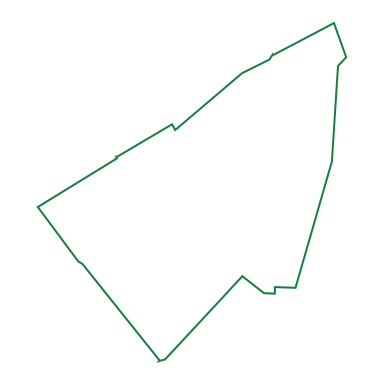 91, Al Wakrah, Qatar (Equal Earth projection)
{"feature_id": "91078587B94476380924667", "entity_name": "91", "entity_type": "district", "adm_level": 2, "iso_a3": "QAT", "parent_name": "Qatar", "parent_adm1": "Al Wakrah", "projection": "equal_earth", "projection_center": [51.504, 25.135], "detail": "fine", "context": "isolated", "style": "outline", "palette": "green", "viewbox_px": 384, "rotation_deg": 0, "n_neighbors": 0, "source": "geoboundaries", "source_scale": "gbopen_adm2", "svg_char_len": 463}
<svg xmlns="http://www.w3.org/2000/svg" viewBox="0 0 384 384"><path d="M224.1,295.9L242.3,276.2L264.0,293.2L274.8,293.6L275.0,287.1L295.5,287.8L331.9,161.5L338.0,66.0L346.2,57.2L333.9,23.0L331.4,24.4L272.5,55.4L272.4,54.9L269.3,59.6L242.0,73.2L215.7,95.6L175.2,130.0L172.0,124.3L117.2,156.7L116.2,156.7L117.0,158.3L37.8,207.0L78.4,261.6L82.4,263.9L159.6,360.5L159.2,361.0L159.8,360.8L165.1,359.4L224.1,295.9Z" fill="none" stroke="#15803d" stroke-width="2"/></svg>